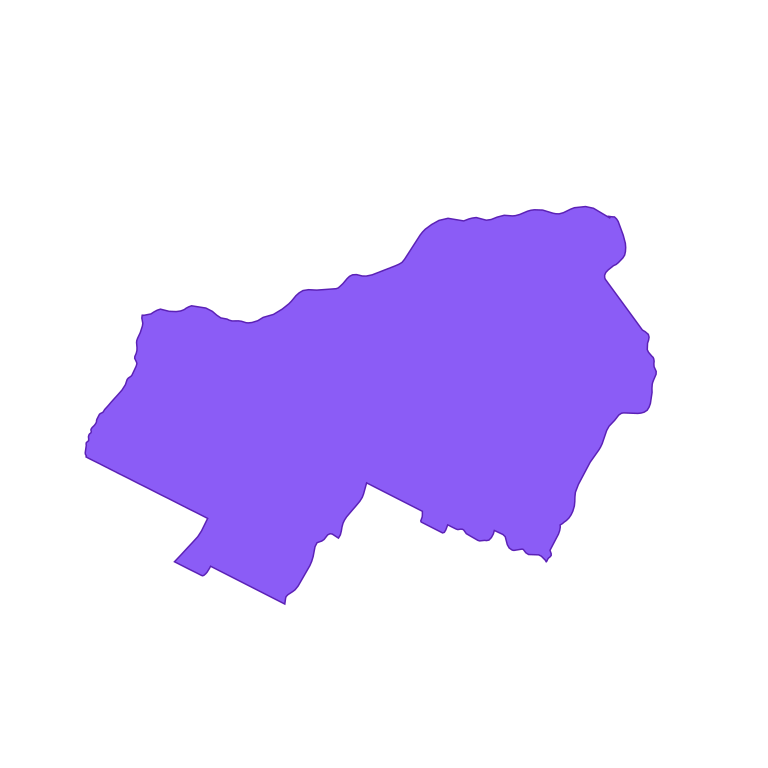 an SVG outline of Lunda Norte, rotated 207°
{"feature_id": "AGO-1874", "entity_name": "Lunda Norte", "entity_type": "Province", "adm_level": 1, "iso_a3": "AGO", "parent_name": "Angola", "parent_adm1": "", "projection": "equal_earth", "projection_center": [19.689, -8.666], "detail": "fine", "context": "isolated", "style": "filled", "palette": "violet", "viewbox_px": 768, "rotation_deg": 207, "n_neighbors": 0, "source": "natural_earth", "source_scale": "10m", "svg_char_len": 4503}
<svg xmlns="http://www.w3.org/2000/svg" viewBox="0 0 768 768"><g transform="rotate(207 384 384)"><path d="M490.0,130.5L487.4,139.3L484.5,149.6L482.8,155.5L480.6,163.4L479.9,170.2L480.0,177.1L480.1,184.2L485.1,184.2L493.0,184.2L500.8,184.1L508.6,184.1L516.5,184.1L524.3,184.1L532.2,184.0L540.0,184.0L547.8,184.0L555.7,183.9L563.5,183.9L571.4,183.9L579.2,183.8L587.0,183.8L594.9,183.8L602.7,183.8L610.6,183.7L614.2,183.7L616.4,183.8L616.4,184.3L616.7,185.0L617.4,185.3L618.3,186.0L619.0,187.1L621.4,194.1L622.0,195.0L622.6,196.3L622.3,197.5L621.8,198.6L621.5,199.4L622.2,201.0L622.9,202.0L623.5,203.1L623.8,204.9L623.7,205.8L623.1,207.1L623.0,207.8L623.2,208.7L624.3,210.0L624.5,210.8L624.3,212.7L623.3,215.6L623.0,217.3L622.9,219.1L623.1,220.0L623.5,220.8L623.8,222.2L623.8,227.7L623.4,228.8L621.8,230.9L621.5,231.8L621.3,234.5L620.8,236.3L620.0,239.2L618.8,244.2L617.4,249.5L616.5,252.7L615.3,257.3L614.7,259.7L614.1,266.1L614.7,269.8L614.9,271.5L614.5,273.2L612.9,276.1L612.6,277.5L612.9,287.4L613.4,289.9L614.4,291.1L617.8,293.7L618.5,295.4L618.7,298.9L619.4,301.8L620.6,304.3L623.3,308.6L624.0,310.5L624.3,312.9L624.5,319.1L625.6,326.0L626.5,328.6L629.7,332.8L630.7,335.5L629.9,336.0L629.5,335.9L623.5,340.6L621.8,343.6L619.6,346.8L617.2,349.2L608.5,351.2L602.0,354.2L598.4,356.7L596.1,359.2L595.4,360.3L594.8,361.6L593.1,364.0L591.0,366.3L577.2,370.8L569.9,370.8L564.3,369.4L559.4,368.8L553.3,370.6L551.0,370.6L548.0,371.2L542.3,374.2L539.4,375.2L534.7,376.0L532.7,376.8L529.5,378.9L525.2,383.1L521.9,388.5L514.1,395.8L508.7,404.5L505.2,412.2L504.1,415.7L502.5,422.9L501.0,426.7L498.6,430.5L494.0,433.8L486.6,437.1L469.9,447.2L468.4,448.8L467.3,451.6L466.2,454.7L464.7,461.2L463.6,464.3L461.6,467.0L458.2,469.0L452.3,470.4L448.8,472.1L444.1,475.9L427.6,494.4L425.3,497.2L424.2,498.8L423.1,500.7L422.3,504.6L419.4,533.2L418.7,536.8L417.5,540.7L414.0,547.7L409.3,554.7L402.2,560.7L387.0,565.5L383.3,569.6L380.7,571.9L377.4,574.2L367.2,576.4L363.2,579.2L359.0,584.0L353.5,588.9L345.8,592.1L343.3,593.7L340.0,596.7L334.6,603.1L332.0,605.5L329.1,607.5L321.6,611.0L310.9,612.9L308.2,613.7L305.2,615.1L301.9,618.1L297.1,624.5L294.4,627.5L285.0,633.6L277.1,635.7L257.7,634.4L259.6,635.5L256.5,636.6L254.5,637.5L251.8,636.7L249.2,635.2L238.4,625.2L232.8,618.9L230.6,615.3L229.0,611.6L228.1,608.1L228.4,604.7L230.3,598.5L231.5,595.8L233.2,593.7L236.0,587.5L237.0,584.1L236.8,581.1L235.6,578.9L234.4,577.8L188.3,554.5L178.3,549.4L175.1,549.2L171.0,548.2L169.1,546.1L168.2,543.3L167.7,540.0L165.0,534.1L162.8,532.4L158.3,530.5L156.3,529.9L155.1,528.9L153.7,527.0L152.7,524.5L151.2,522.0L147.2,518.8L146.0,516.2L145.6,510.0L145.3,507.3L144.9,505.6L143.3,501.8L141.3,498.1L137.8,487.6L137.3,483.7L137.6,480.1L139.4,477.0L141.8,474.8L144.5,473.0L157.3,467.1L159.1,465.8L160.7,463.0L162.0,456.3L164.3,448.6L164.5,443.7L162.5,429.9L162.4,425.9L162.6,423.0L163.2,418.8L164.8,407.9L165.2,382.8L164.3,374.4L162.6,370.0L160.6,365.8L159.0,361.7L158.0,356.4L157.9,352.4L158.4,348.5L159.5,345.2L160.9,342.5L161.6,340.7L163.1,338.3L162.0,336.6L160.9,333.1L160.4,329.4L160.6,311.2L158.0,308.7L157.2,307.1L157.6,305.3L158.4,303.6L158.6,302.1L158.5,300.5L158.7,298.7L158.7,298.8L159.6,300.0L165.6,302.0L168.6,302.0L177.8,297.7L181.0,298.0L184.7,299.8L186.0,299.6L192.7,294.7L194.4,294.2L198.0,294.7L201.2,296.8L206.7,303.0L209.6,303.9L219.2,303.6L218.5,300.0L218.6,295.9L219.6,292.6L221.6,291.0L223.3,290.4L227.6,287.6L229.4,287.3L237.4,287.7L242.7,288.0L246.7,290.1L248.1,290.2L249.8,289.5L252.1,287.8L253.9,287.5L260.5,287.4L261.2,287.5L263.3,287.4L262.7,282.0L262.9,279.2L264.2,277.9L272.0,277.9L280.4,277.9L288.2,277.9L289.1,278.7L289.6,282.8L290.3,284.6L292.0,288.0L296.7,288.0L310.4,288.0L324.2,288.0L337.9,288.0L351.7,288.0L354.6,288.0L352.3,276.8L351.9,273.1L352.3,268.5L353.8,261.9L354.9,257.5L357.0,248.6L357.4,244.8L357.3,241.3L356.5,237.5L355.3,233.7L354.4,229.8L354.6,226.0L362.0,226.8L364.1,226.1L365.7,224.0L366.8,218.3L368.2,215.7L368.3,215.6L368.5,215.5L371.6,212.2L371.6,207.7L368.8,198.1L367.9,193.1L367.6,188.5L368.8,165.0L369.8,160.3L371.1,157.6L374.0,152.6L374.7,150.2L374.5,148.7L372.5,142.9L378.1,142.9L382.6,142.9L387.2,142.9L391.7,142.9L396.2,142.9L400.8,142.9L405.3,142.9L409.8,142.9L414.3,142.9L418.9,142.9L420.1,142.9L423.4,142.9L427.9,142.9L432.5,142.9L437.0,142.9L441.5,142.9L446.0,142.9L450.6,142.9L455.8,142.9L455.8,140.8L456.2,136.0L456.7,134.0L457.6,131.8L458.5,130.8L459.7,130.6L465.4,130.6L474.4,130.5L483.7,130.5L490.0,130.5Z" fill="#8b5cf6" stroke="#5b21b6" stroke-width="1.5"/></g></svg>